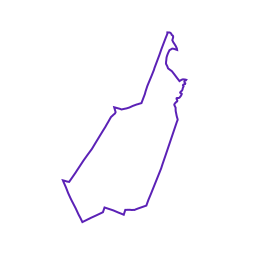 Samarra, Sala ad-Din, Iraq (Mercator projection), rotated 289°
{"feature_id": "34846034B32095770002268", "entity_name": "Samarra", "entity_type": "district", "adm_level": 2, "iso_a3": "IRQ", "parent_name": "Iraq", "parent_adm1": "Sala ad-Din", "projection": "mercator", "projection_center": [43.854, 34.328], "detail": "fine", "context": "isolated", "style": "outline", "palette": "violet", "viewbox_px": 256, "rotation_deg": 289, "n_neighbors": 0, "source": "geoboundaries", "source_scale": "gbopen_adm2", "svg_char_len": 2402}
<svg xmlns="http://www.w3.org/2000/svg" viewBox="0 0 256 256"><g transform="rotate(289 128 128)"><path d="M143.1,108.2L142.5,108.6L139.0,111.1L137.8,111.0L137.0,110.7L135.8,109.9L134.7,109.4L133.0,108.4L131.1,108.0L127.2,107.3L124.3,106.7L121.5,106.2L118.1,105.4L112.7,104.2L107.2,103.0L103.6,102.2L96.5,100.7L89.8,98.6L83.1,96.6L70.6,93.4L68.9,93.0L65.7,92.1L57.9,89.9L57.5,87.5L57.5,86.1L57.3,83.5L55.9,84.7L54.5,86.0L51.6,88.7L47.1,92.5L43.2,96.2L41.0,98.4L35.0,104.7L30.1,109.4L27.5,112.2L24.2,115.5L31.2,122.4L34.7,126.1L39.2,130.7L40.2,131.7L45.2,131.7L45.3,139.4L45.3,141.2L45.1,143.8L44.9,146.5L44.8,149.1L44.6,152.2L49.7,152.1L51.2,156.1L51.7,158.3L52.3,159.7L52.7,160.9L53.4,161.6L55.4,164.0L60.6,170.6L66.7,170.7L72.7,171.1L100.6,172.5L104.9,172.4L115.2,172.4L150.0,172.2L151.9,172.3L153.0,171.7L153.9,171.0L155.4,170.0L157.3,168.9L158.3,168.3L159.5,167.6L160.7,167.1L162.1,166.6L162.7,166.4L164.2,164.9L165.0,164.2L166.0,164.2L166.4,164.3L166.9,164.5L167.5,164.8L168.5,165.2L169.1,165.8L170.0,165.7L170.6,165.2L171.2,164.5L171.4,164.4L171.6,164.3L172.1,164.3L172.4,164.7L172.8,166.0L173.0,166.3L173.5,166.8L175.5,167.5L176.2,167.6L177.2,167.8L177.9,167.6L178.0,167.1L178.0,166.6L178.1,166.2L178.3,166.0L178.5,165.8L178.9,165.8L179.4,166.0L180.2,166.4L180.5,166.6L181.0,166.9L182.2,167.0L183.6,166.8L184.5,166.9L185.4,167.0L185.8,166.5L186.2,166.1L186.9,166.1L187.3,166.4L187.4,166.8L187.8,167.1L188.1,167.6L188.4,167.6L188.9,167.6L189.4,166.9L189.7,166.5L190.1,166.2L190.6,166.2L190.8,166.3L191.4,166.4L191.6,166.6L191.9,167.2L192.5,167.4L192.5,166.8L192.2,165.2L191.9,164.1L191.0,162.9L189.1,161.4L189.6,160.7L191.2,158.2L193.5,154.8L196.0,151.0L196.7,148.7L197.4,146.5L197.5,146.4L199.1,145.1L201.1,143.0L201.6,142.9L202.7,142.5L204.7,142.1L207.2,141.5L209.3,141.4L211.9,141.5L215.1,141.9L216.3,143.0L217.4,143.9L217.6,144.4L217.8,145.8L217.8,147.2L217.8,149.0L219.1,148.3L220.9,146.6L222.3,144.9L224.0,142.7L225.5,141.3L228.2,141.2L229.4,140.8L229.9,140.3L230.3,139.0L231.2,138.2L231.8,137.1L231.8,136.0L231.5,135.1L231.2,134.1L230.0,134.5L229.0,134.5L225.4,134.3L219.5,134.1L213.1,133.9L207.4,133.9L193.1,133.5L191.7,133.6L185.2,133.3L178.9,132.9L175.8,132.7L173.8,132.6L168.2,132.7L165.6,132.9L155.9,132.6L154.3,130.3L153.8,129.7L153.1,128.6L150.4,125.3L147.8,122.6L146.1,120.3L145.1,118.6L143.4,115.8L143.5,114.3L143.1,108.2Z" fill="none" stroke="#5b21b6" stroke-width="2"/></g></svg>